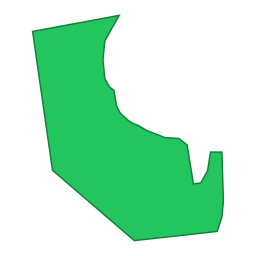 the border of Tacloban
{"feature_id": "PHL-5535", "entity_name": "Tacloban", "entity_type": "Highly Urbanized City", "adm_level": 1, "iso_a3": "PHL", "parent_name": "Philippines", "parent_adm1": "", "projection": "orthographic", "projection_center": [124.994, 11.263], "detail": "fine", "context": "isolated", "style": "filled", "palette": "green", "viewbox_px": 256, "rotation_deg": 0, "n_neighbors": 0, "source": "natural_earth", "source_scale": "10m", "svg_char_len": 446}
<svg xmlns="http://www.w3.org/2000/svg" viewBox="0 0 256 256"><path d="M119.2,15.4L104.8,40.9L103.0,59.7L104.8,78.7L109.7,87.2L113.9,90.3L116.6,106.1L120.3,113.2L128.3,120.5L133.1,123.4L138.1,125.4L146.7,130.5L165.1,137.7L178.7,138.4L187.1,144.9L193.4,183.9L200.7,183.0L207.6,170.7L210.5,152.1L221.9,152.1L223.4,201.2L221.9,216.9L217.2,231.4L134.3,240.6L52.5,170.3L32.6,31.4L119.2,15.4Z" fill="#22c55e" stroke="#15803d" stroke-width="1.5"/></svg>